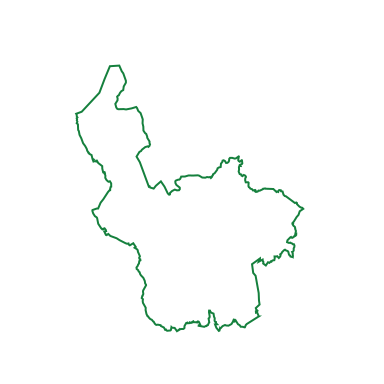 Tizapán el Alto, Jalisco, Mexico (Robinson projection), rotated 252°
{"feature_id": "50627088B39288283772272", "entity_name": "Tizapán el Alto", "entity_type": "district", "adm_level": 2, "iso_a3": "MEX", "parent_name": "Mexico", "parent_adm1": "Jalisco", "projection": "robinson", "projection_center": [-103.079, 20.107], "detail": "fine", "context": "isolated", "style": "outline", "palette": "green", "viewbox_px": 384, "rotation_deg": 252, "n_neighbors": 0, "source": "geoboundaries", "source_scale": "gbopen_adm2", "svg_char_len": 6020}
<svg xmlns="http://www.w3.org/2000/svg" viewBox="0 0 384 384"><g transform="rotate(252 192 192)"><path d="M67.0,128.7L67.4,129.4L69.9,130.7L69.1,131.1L68.1,133.5L64.3,134.7L65.1,137.1L64.8,137.0L65.2,138.7L64.4,141.6L65.0,142.8L66.8,143.4L69.2,146.0L69.2,146.9L68.7,146.7L68.1,148.9L68.7,149.6L67.8,150.4L67.8,152.1L68.3,151.9L68.6,153.3L67.7,153.5L67.1,154.8L66.8,156.3L65.8,155.9L67.1,157.4L66.8,158.1L66.1,158.3L66.0,158.5L62.4,158.9L63.1,157.2L62.7,157.0L60.0,162.0L60.3,163.9L60.0,164.4L60.6,165.1L60.5,166.0L62.2,167.4L62.6,168.1L66.6,168.7L67.1,169.8L68.3,170.4L72.4,171.0L73.9,171.6L73.6,172.5L73.2,172.5L73.1,173.1L73.0,172.8L71.7,172.5L69.7,174.9L66.6,174.4L65.0,174.6L62.6,173.7L61.5,173.8L61.0,174.6L59.7,174.3L58.5,174.9L59.0,173.0L55.4,173.2L51.6,174.6L51.7,175.3L53.7,176.5L53.4,176.6L53.6,177.2L55.0,179.6L55.3,182.3L54.5,183.2L53.6,185.4L54.2,188.7L55.9,190.7L58.4,192.8L55.8,191.8L55.6,192.4L56.5,193.8L52.0,194.9L50.6,196.2L48.8,196.7L48.1,198.7L47.1,200.0L47.0,200.5L48.8,202.0L49.5,203.2L53.0,216.9L53.1,216.6L53.1,217.1L57.6,216.7L57.5,215.6L58.9,215.9L59.0,216.3L58.4,217.2L58.8,217.6L60.4,216.8L61.9,216.8L64.1,221.5L68.2,222.2L75.3,224.2L92.7,226.6L96.1,225.2L104.8,226.8L107.8,236.1L107.2,235.9L105.1,234.0L105.9,238.3L104.3,238.0L103.4,238.3L102.0,237.6L99.3,239.5L101.7,242.6L100.7,243.7L101.7,245.7L101.2,246.1L101.8,246.8L102.0,247.5L101.7,249.2L103.2,250.1L105.2,250.6L104.6,252.3L104.6,253.2L102.4,254.2L103.4,256.0L104.9,256.9L105.5,256.7L106.0,258.2L106.9,259.0L108.2,261.5L108.4,262.6L107.7,263.0L106.2,264.8L105.2,265.1L102.6,264.9L101.6,265.2L101.2,265.7L100.2,265.7L99.0,267.5L99.4,267.5L99.8,268.2L101.6,268.5L102.0,268.8L104.0,268.7L103.9,269.4L104.9,270.6L107.0,271.3L108.0,272.3L109.4,272.9L110.8,272.8L111.1,271.8L112.0,271.4L112.9,270.2L113.4,270.0L113.6,268.5L114.9,266.9L115.7,267.3L116.6,267.9L118.5,271.5L118.6,272.1L118.1,272.1L118.0,272.8L117.6,272.9L117.4,273.4L118.1,275.6L118.3,275.6L118.3,276.8L118.9,277.8L120.0,278.2L120.0,277.2L122.8,278.8L125.2,278.7L125.6,279.0L127.2,279.0L128.5,278.1L129.7,277.8L130.3,278.2L130.5,277.7L131.3,277.8L132.4,279.7L135.9,283.8L137.3,286.2L140.4,288.5L141.6,292.6L142.9,292.0L143.6,290.8L145.0,289.6L148.0,288.1L149.1,288.4L149.8,287.9L149.7,286.5L158.9,280.0L159.5,279.0L161.1,278.2L164.5,278.3L165.2,276.9L166.2,277.0L166.9,275.5L166.4,274.6L165.4,274.0L166.3,272.8L166.0,272.3L169.7,270.3L172.5,262.7L172.8,262.6L173.1,260.6L172.8,260.4L172.3,256.8L172.8,255.7L172.1,254.6L172.3,252.8L172.8,252.4L173.0,252.8L173.8,253.0L174.4,252.7L174.6,250.5L176.1,250.0L177.1,248.6L178.5,248.1L179.0,247.6L180.2,247.5L183.3,248.7L183.9,248.4L184.6,246.1L186.8,246.2L188.6,246.9L189.5,247.9L190.1,248.0L191.2,247.6L192.2,246.5L191.5,244.9L192.4,244.1L193.4,244.3L194.3,242.9L197.0,242.7L198.8,243.7L201.1,244.3L202.1,245.1L201.7,246.2L203.0,246.0L203.2,248.1L203.7,248.7L206.7,249.3L206.9,249.0L206.0,246.8L207.0,246.0L208.1,245.8L212.0,247.9L211.4,247.3L210.4,244.1L210.6,242.9L212.1,240.7L212.7,238.7L212.1,237.7L210.2,236.9L209.3,236.0L208.8,234.7L209.1,233.4L211.1,233.0L212.4,231.9L212.4,230.8L211.3,230.2L210.0,228.3L206.9,227.0L207.0,224.9L206.6,223.6L205.4,222.9L202.9,219.4L202.3,217.4L201.3,216.9L201.0,216.1L200.1,215.5L199.5,214.3L200.7,213.9L200.7,212.7L201.6,210.9L201.5,209.1L202.6,206.2L205.4,203.8L206.1,202.6L207.2,198.5L208.8,193.8L208.9,190.1L210.0,186.5L208.1,184.8L207.7,183.8L208.0,182.6L207.9,180.4L207.6,179.7L207.0,179.3L205.4,179.0L203.4,179.4L200.0,181.7L198.5,181.3L197.7,180.2L198.2,178.2L199.6,176.4L199.1,173.4L197.9,170.8L196.7,170.4L196.4,169.9L196.7,169.2L198.3,168.5L205.6,167.5L211.7,165.7L209.1,159.6L207.1,156.6L209.2,153.6L210.5,153.4L210.4,152.6L236.5,151.6L242.8,150.2L246.4,154.4L246.7,156.2L247.7,157.4L249.2,161.5L249.1,164.1L248.4,164.5L248.9,165.7L250.3,166.8L251.6,166.7L253.2,167.2L257.4,166.2L258.6,166.5L261.4,166.4L262.5,165.6L265.4,164.8L269.2,165.9L272.6,166.2L276.3,167.6L278.0,167.6L282.9,167.5L285.8,165.9L288.8,165.7L290.1,165.2L290.2,160.3L290.9,154.8L292.0,152.6L293.5,147.5L294.2,146.6L295.8,146.1L299.5,146.3L302.2,149.5L304.1,150.2L305.7,150.2L306.4,151.2L306.6,152.3L308.4,154.0L309.7,155.9L310.2,158.1L313.5,159.7L316.4,162.9L318.2,163.5L326.1,163.3L328.5,162.5L334.7,161.9L337.0,152.8L326.5,143.8L315.0,134.6L302.4,111.9L302.2,106.0L301.1,106.2L299.7,105.8L298.3,106.1L297.8,105.1L296.4,105.1L295.8,104.6L294.2,104.7L293.1,103.6L291.6,104.4L286.2,102.9L284.9,103.2L281.1,102.7L277.4,103.3L272.0,103.5L268.8,104.6L265.6,105.2L263.6,105.1L260.8,106.1L260.8,105.8L259.9,106.2L258.2,107.9L254.5,107.6L253.5,108.4L253.4,107.6L251.4,107.7L251.4,109.0L250.6,110.3L251.3,110.7L251.3,111.2L248.5,111.8L244.4,114.6L241.9,113.9L238.3,113.6L238.2,114.5L237.9,115.0L237.5,115.0L237.1,115.0L237.2,114.4L236.8,114.3L236.5,114.7L234.3,114.7L232.3,113.9L230.1,114.3L228.1,115.3L227.5,115.9L227.6,117.2L225.2,117.8L222.0,116.8L221.9,116.1L219.6,114.7L219.8,115.0L219.0,114.7L219.1,114.1L218.0,112.2L212.5,105.4L210.1,101.8L205.3,97.6L205.7,96.4L205.6,91.8L204.9,91.4L202.1,91.4L199.0,92.2L197.5,93.4L196.6,93.7L190.8,93.0L185.6,94.4L184.1,95.2L184.0,96.1L184.5,96.4L184.5,97.6L182.6,98.3L181.3,98.2L181.5,96.4L178.2,96.8L178.3,97.1L177.4,97.6L178.0,99.4L175.4,100.8L171.3,106.0L168.5,108.3L163.8,113.0L162.8,114.3L162.7,115.7L161.4,115.7L160.5,116.4L161.4,120.3L157.2,121.5L156.7,120.2L154.7,121.9L153.4,122.4L151.9,122.1L147.0,122.6L145.7,121.4L144.6,121.4L144.0,122.0L142.9,121.8L142.6,120.5L140.3,119.4L139.7,118.4L138.4,117.4L137.4,115.9L135.9,115.6L134.2,116.7L132.9,116.7L131.9,117.4L130.2,117.3L128.5,117.7L125.4,119.2L122.0,119.6L119.5,119.2L118.1,119.6L117.5,119.5L113.4,115.1L112.4,114.6L110.1,114.2L108.5,112.9L108.6,112.7L106.7,111.4L105.2,112.2L103.5,111.4L101.7,111.1L96.2,112.2L94.1,111.4L90.0,111.0L87.7,111.3L87.2,111.9L86.2,112.0L84.0,113.1L82.9,114.3L80.8,115.1L80.5,115.5L78.3,115.9L77.0,116.6L76.6,117.1L76.4,118.5L75.0,121.0L74.2,121.0L71.8,123.4L69.2,123.9L69.2,124.4L70.1,124.5L68.4,124.9L67.7,125.5L67.0,128.7Z" fill="none" stroke="#15803d" stroke-width="2"/></g></svg>